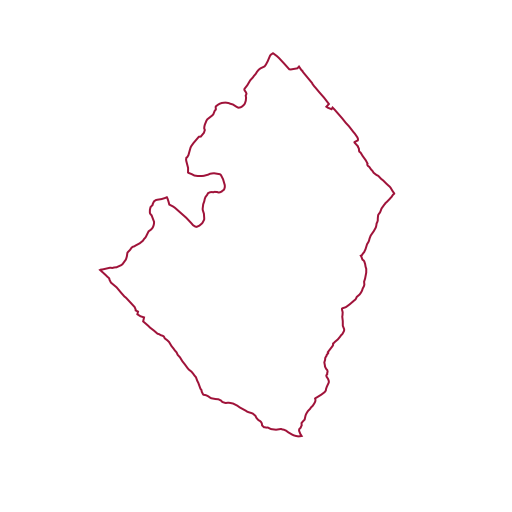 Urdari, Gorj, Romania, rotated 250°
{"feature_id": "2599482B90293450056050", "entity_name": "Urdari", "entity_type": "district", "adm_level": 2, "iso_a3": "ROU", "parent_name": "Romania", "parent_adm1": "Gorj", "projection": "orthographic", "projection_center": [23.282, 44.799], "detail": "fine", "context": "isolated", "style": "outline", "palette": "rose", "viewbox_px": 512, "rotation_deg": 250, "n_neighbors": 0, "source": "geoboundaries", "source_scale": "gbopen_adm2", "svg_char_len": 6094}
<svg xmlns="http://www.w3.org/2000/svg" viewBox="0 0 512 512"><g transform="rotate(250 256 256)"><path d="M419.3,361.2L418.2,359.1L418.4,358.0L419.1,354.1L419.4,352.4L419.7,351.8L420.1,351.1L427.6,348.1L434.4,345.2L436.7,344.0L440.5,341.5L440.7,341.3L440.5,340.5L440.2,339.2L440.0,338.6L439.4,337.7L435.0,333.6L432.5,330.8L431.6,329.5L431.2,328.8L430.8,324.5L430.3,322.8L429.9,321.9L428.8,320.0L427.2,318.0L425.9,315.6L424.9,314.2L423.1,310.7L419.4,306.2L417.1,302.5L416.7,302.1L415.7,301.9L413.4,302.5L412.0,302.6L411.0,302.0L410.3,301.2L408.1,300.8L405.4,299.5L403.6,298.1L402.7,297.2L402.4,296.8L401.6,295.0L401.1,293.5L401.0,292.3L401.1,291.5L401.4,290.1L402.9,288.7L406.3,286.1L408.1,283.6L409.0,282.7L410.5,280.0L410.9,278.7L411.5,276.2L411.5,273.9L411.1,271.8L410.3,269.4L409.7,269.0L407.7,268.5L407.2,268.1L407.0,267.6L406.4,266.7L403.7,264.3L403.1,263.1L401.1,257.0L400.2,255.8L397.0,252.9L395.7,252.0L394.8,251.5L393.7,251.0L391.9,251.0L389.6,249.2L387.1,245.0L387.6,243.1L387.5,242.9L383.6,236.0L381.5,232.9L380.4,231.7L379.2,230.8L373.9,227.0L372.4,225.2L372.2,224.2L370.6,223.3L369.3,223.0L362.0,222.3L357.7,220.7L357.2,221.0L354.9,223.6L352.7,225.6L351.2,228.4L349.7,232.5L349.2,234.3L348.8,238.9L349.0,240.9L348.5,243.4L348.1,244.9L345.4,249.7L345.0,250.2L344.4,250.6L343.5,250.8L339.4,251.3L333.3,250.9L331.5,250.3L329.9,249.2L329.2,248.4L328.6,246.3L328.3,245.8L328.2,243.8L328.4,242.8L328.6,242.3L329.4,241.4L330.4,239.1L330.5,238.7L330.5,237.6L331.2,236.4L331.6,234.7L331.6,234.1L331.4,232.3L330.3,231.2L328.7,228.7L327.2,227.4L325.0,226.0L322.7,224.1L318.8,222.1L317.6,221.7L313.5,221.5L309.0,220.2L307.9,219.7L305.6,217.2L305.1,216.4L303.9,213.2L303.7,210.6L303.7,210.1L304.4,209.0L306.3,207.5L306.9,207.2L308.6,206.6L315.6,203.6L327.4,197.2L329.2,196.2L331.0,194.9L334.0,192.1L334.7,192.2L337.3,192.4L340.3,192.5L341.7,192.3L341.6,190.2L341.8,186.7L342.6,182.6L342.8,181.1L342.3,179.0L341.8,178.4L340.4,176.9L339.4,176.4L338.0,173.6L335.7,172.1L333.4,171.2L332.3,171.0L331.0,171.3L330.0,171.8L323.0,171.9L321.5,171.3L320.3,170.6L319.0,169.6L318.1,168.7L317.5,167.9L316.7,166.3L315.9,163.5L311.8,159.2L311.1,158.3L310.3,156.7L309.0,154.9L307.7,151.1L307.0,146.2L306.7,145.0L306.8,143.4L306.4,142.0L304.8,139.7L303.4,136.8L303.1,136.4L302.9,136.2L299.8,134.5L298.0,133.2L297.1,132.4L294.0,127.8L293.5,126.3L293.1,120.9L293.4,120.1L293.8,118.3L293.8,117.2L293.9,116.9L294.9,114.9L295.8,107.6L296.3,105.4L296.2,104.7L289.2,108.4L287.2,109.3L285.9,110.1L285.0,110.4L283.7,110.2L280.6,110.6L274.2,114.3L267.5,116.7L262.7,118.6L261.9,119.2L260.7,119.8L251.2,123.8L249.5,124.5L246.7,124.6L246.0,124.3L244.1,126.1L241.8,124.6L238.9,126.8L236.6,129.8L233.1,127.6L227.2,130.9L225.0,131.9L220.6,134.7L216.6,136.9L215.9,138.0L214.1,139.5L213.2,140.7L212.3,141.6L211.7,141.9L209.8,142.1L207.0,143.9L204.9,144.9L200.2,145.8L197.0,146.9L195.1,147.4L192.6,148.4L189.9,148.6L186.8,149.9L182.3,150.8L178.4,152.1L174.2,153.3L172.3,154.0L169.4,155.8L166.9,156.7L164.7,157.3L162.6,158.1L159.0,158.1L156.4,158.4L150.8,158.4L150.2,158.4L148.8,158.9L147.0,158.6L144.3,158.9L143.7,159.1L143.3,159.6L142.7,160.8L141.8,161.9L140.4,163.2L138.8,164.3L137.7,165.2L135.4,169.1L134.2,171.7L132.1,173.7L130.6,174.3L130.2,174.6L128.5,176.8L128.2,177.3L127.7,179.6L126.8,181.4L125.2,184.0L121.8,187.2L119.2,189.0L114.1,193.5L112.7,194.5L111.7,195.7L109.9,198.1L109.0,199.1L106.0,200.8L103.9,201.0L102.2,201.6L100.9,202.2L99.6,203.3L98.5,203.9L96.9,204.2L96.0,204.1L94.7,203.8L92.4,204.9L92.0,205.8L91.2,207.0L90.8,208.4L88.6,210.5L88.0,211.3L87.4,212.5L85.9,215.4L85.0,219.9L84.8,220.5L84.0,221.4L83.3,222.7L81.6,224.5L79.3,226.0L75.8,228.9L74.6,230.1L73.4,231.7L72.5,233.2L72.0,234.1L71.5,236.1L71.3,237.3L73.6,236.8L76.8,236.7L77.3,236.8L78.3,237.3L78.7,237.7L79.4,239.3L80.3,240.0L81.2,241.0L83.4,241.6L84.5,243.4L85.6,245.7L85.9,245.9L89.0,247.9L90.1,248.8L91.5,250.4L92.6,251.9L93.9,254.6L94.9,255.9L95.8,258.0L97.5,260.3L98.7,261.6L99.6,262.3L100.7,262.7L101.9,262.8L102.1,263.4L102.4,265.2L103.4,270.0L104.5,273.6L105.1,274.8L105.9,275.7L107.2,276.4L108.9,277.8L112.2,281.1L113.4,281.6L115.1,281.7L116.2,281.6L118.2,281.1L119.4,281.1L120.0,281.5L120.5,282.3L120.7,282.6L121.6,282.8L122.6,283.6L123.2,283.8L124.5,283.9L126.0,283.3L128.6,283.0L129.0,283.2L132.6,283.8L132.9,284.0L134.8,285.4L136.5,286.2L137.6,287.4L138.1,288.2L139.1,288.8L139.3,289.4L140.0,290.6L140.8,290.9L141.1,290.7L145.4,297.4L146.1,298.1L147.1,298.3L147.5,298.7L147.7,299.6L148.3,300.7L149.6,304.3L151.7,307.9L152.3,308.5L152.9,310.0L153.4,310.8L155.3,312.9L156.2,313.5L157.1,313.8L160.7,313.7L165.2,315.3L169.5,316.3L170.9,317.1L173.5,318.2L176.4,318.5L177.1,318.8L177.3,319.2L177.3,319.8L177.2,322.4L177.3,323.3L178.5,327.4L180.5,332.7L181.1,334.5L181.6,335.2L183.1,336.7L184.4,340.2L185.7,342.1L187.2,343.8L189.0,345.2L190.6,347.0L192.0,348.0L194.9,348.8L197.5,350.8L202.7,353.9L206.2,355.2L208.4,355.3L211.2,355.8L213.9,355.9L214.8,355.7L216.2,354.8L219.1,354.8L220.4,354.6L220.4,355.4L220.6,355.8L221.8,357.4L222.6,358.9L224.9,361.2L229.1,364.4L230.6,366.3L231.7,367.4L233.6,368.7L236.0,370.8L239.1,375.2L241.8,378.3L243.2,379.3L245.4,380.5L246.1,381.3L247.6,382.5L249.9,383.4L252.7,384.8L253.8,386.2L254.4,387.3L255.8,388.6L257.7,390.2L260.5,394.3L261.0,395.3L261.3,395.5L262.2,397.7L264.1,401.6L264.4,402.0L265.1,403.5L266.6,405.5L267.3,407.2L267.5,407.3L270.5,406.5L274.2,405.8L275.8,405.2L276.4,404.8L279.5,403.2L283.4,401.4L285.8,399.9L289.1,398.5L290.1,397.8L290.7,397.1L291.4,396.6L294.0,395.0L296.2,394.5L298.0,393.7L301.1,392.9L302.2,392.1L303.4,391.8L304.0,391.9L304.5,392.1L304.7,392.4L308.3,391.9L313.6,390.4L317.1,389.7L317.6,389.5L318.7,388.8L319.4,388.8L321.8,389.4L323.9,389.1L324.2,389.3L328.8,387.4L329.2,387.4L329.4,387.6L329.8,391.2L330.4,391.6L331.6,391.9L333.0,391.8L337.2,390.7L339.3,389.9L346.2,387.7L350.4,385.9L355.8,384.1L366.7,379.9L369.3,378.7L368.1,377.2L370.8,374.2L372.2,373.2L373.9,376.5L381.5,374.1L388.7,371.3L394.0,369.4L395.4,368.8L398.4,367.9L399.2,367.9L412.4,363.2L413.5,362.9L414.3,362.9L414.5,362.5L414.9,362.3L419.3,361.2Z" fill="none" stroke="#9f1239" stroke-width="2"/></g></svg>